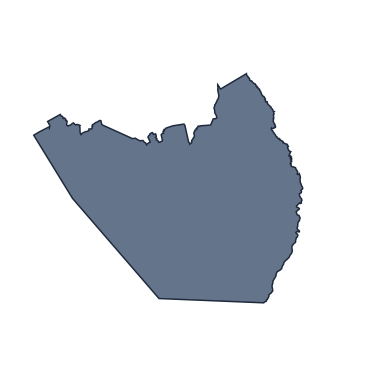 Santa Rosa, Catamarca, Argentina (Robinson projection), rotated 151°
{"feature_id": "61730980B62858565899892", "entity_name": "Santa Rosa", "entity_type": "district", "adm_level": 2, "iso_a3": "ARG", "parent_name": "Argentina", "parent_adm1": "Catamarca", "projection": "robinson", "projection_center": [-65.467, -28.089], "detail": "fine", "context": "isolated", "style": "filled", "palette": "slate", "viewbox_px": 384, "rotation_deg": 151, "n_neighbors": 0, "source": "geoboundaries", "source_scale": "gbopen_adm2", "svg_char_len": 5874}
<svg xmlns="http://www.w3.org/2000/svg" viewBox="0 0 384 384"><g transform="rotate(151 192 192)"><path d="M302.9,318.4L299.6,244.3L272.5,114.8L183.0,60.3L181.8,60.7L180.7,60.6L180.4,60.4L179.6,60.7L178.8,61.6L178.2,61.6L177.8,62.0L177.1,62.2L175.9,63.1L175.1,63.8L174.6,64.8L172.3,65.3L171.5,65.3L170.2,66.1L169.4,66.3L168.7,67.8L168.1,69.5L168.0,70.3L166.5,72.3L165.4,73.2L164.3,74.9L159.7,77.6L158.1,79.3L157.4,80.2L156.0,81.0L154.2,80.9L153.7,81.2L152.5,81.0L152.1,81.3L151.2,81.3L150.8,81.5L149.5,82.8L148.9,83.4L146.8,84.5L146.4,85.2L145.2,86.1L142.8,86.8L141.0,87.1L138.7,87.8L136.8,89.3L136.3,89.5L135.8,89.5L134.0,90.6L133.7,91.0L132.8,91.7L131.7,94.8L131.1,95.8L129.9,96.7L128.9,97.0L128.6,97.3L126.0,97.8L125.4,98.3L124.9,99.5L124.1,100.1L123.3,101.1L122.5,101.6L121.7,101.6L120.8,102.5L120.5,102.7L120.3,102.9L120.3,103.6L120.9,106.1L120.6,106.4L119.4,106.5L118.6,106.0L117.8,105.1L117.2,105.4L117.0,105.7L117.0,106.1L117.2,106.8L117.6,107.4L117.8,108.8L117.6,109.5L117.3,109.9L116.5,110.4L116.2,110.8L115.3,112.1L114.6,113.4L113.3,114.4L112.0,114.8L111.3,115.7L110.2,116.6L109.9,117.8L109.8,119.7L111.0,120.9L111.0,121.7L110.7,122.6L110.8,123.5L110.2,124.4L109.9,124.5L108.5,124.6L107.8,124.9L107.0,124.8L106.3,125.2L106.2,125.6L106.6,126.6L106.9,127.2L107.7,127.8L107.7,128.8L107.4,129.1L104.7,129.8L103.3,130.4L103.1,130.4L102.9,130.1L102.6,129.3L102.3,129.2L101.8,129.3L101.8,129.5L101.0,130.4L100.9,130.9L99.8,131.5L99.7,132.2L99.5,132.7L99.9,135.5L99.2,138.1L98.4,138.5L96.8,138.4L96.6,138.9L96.1,139.2L95.9,140.5L95.2,140.9L94.1,140.9L93.5,141.4L93.1,142.3L93.0,145.6L92.8,146.1L92.6,146.8L92.8,147.7L91.0,151.3L90.2,152.0L89.5,154.4L89.3,156.1L90.3,155.8L91.0,156.0L91.2,156.3L91.2,156.8L90.0,158.1L89.7,158.5L90.0,161.7L89.8,162.1L89.7,162.7L89.7,163.1L90.6,164.1L90.7,164.4L90.9,164.4L91.2,164.8L92.3,165.8L92.6,166.2L92.4,167.1L92.4,168.1L91.6,168.4L91.8,168.8L92.3,169.1L92.3,169.3L92.1,169.5L91.2,169.9L90.8,170.5L90.7,170.6L90.2,170.3L89.9,170.4L89.8,170.7L90.0,171.0L90.0,171.3L89.8,171.5L90.1,172.2L89.8,172.3L89.5,171.9L89.2,172.0L88.7,172.8L89.1,173.1L89.5,173.2L89.7,173.5L89.6,174.0L89.4,174.3L88.2,174.2L88.0,174.4L88.1,174.8L88.4,175.0L88.3,175.7L88.6,176.1L88.9,176.1L89.1,175.9L89.7,176.5L88.6,177.6L87.9,177.9L87.2,178.7L86.0,179.4L87.0,180.6L87.1,181.3L87.3,181.5L87.1,182.7L87.0,183.7L87.1,183.9L87.0,184.4L86.5,185.0L86.1,184.9L85.7,185.0L85.6,185.4L85.9,186.9L85.6,187.2L85.7,187.7L86.9,188.9L87.6,190.0L88.6,191.0L88.3,191.5L87.9,191.8L88.0,192.2L88.3,192.8L89.1,193.6L89.5,195.3L89.9,195.1L90.0,195.1L90.1,195.9L89.9,196.6L90.2,196.7L90.5,196.6L90.6,196.8L91.1,198.6L91.0,199.2L91.5,199.7L91.4,201.9L91.8,203.6L91.6,204.0L91.8,204.3L91.8,206.3L92.0,206.7L91.9,206.9L92.1,207.3L92.0,208.9L91.4,209.5L91.2,208.8L90.0,208.2L89.4,208.2L89.2,208.3L88.0,208.1L88.0,208.4L87.3,208.6L87.2,208.8L87.4,209.4L87.2,209.8L86.8,210.2L86.9,211.6L86.7,212.0L86.9,213.4L86.8,214.2L85.5,216.0L85.4,216.8L84.6,217.0L83.5,219.9L83.1,220.3L82.5,220.3L82.1,221.9L81.8,222.3L81.1,222.5L81.8,223.2L81.5,225.4L81.9,226.8L82.1,227.2L81.7,228.1L82.5,230.0L83.1,232.5L83.0,233.3L82.4,234.3L83.0,234.8L83.7,235.0L83.8,235.5L83.4,236.1L83.3,236.7L83.4,237.2L83.4,237.7L82.7,237.9L82.8,240.1L82.9,240.8L83.6,241.2L83.5,242.3L83.9,243.7L83.4,244.9L83.5,245.7L83.2,247.0L83.7,247.7L83.3,248.4L83.3,248.7L83.4,249.0L83.2,249.2L83.3,249.7L83.7,250.0L83.9,250.9L83.7,251.3L83.8,251.9L84.2,251.8L84.4,251.9L84.3,252.3L84.1,252.8L84.0,253.1L84.6,253.4L84.6,253.8L84.2,254.9L84.4,256.0L85.2,256.6L85.3,257.0L85.3,257.5L85.8,258.4L86.0,260.3L86.5,260.5L87.3,261.5L87.2,262.3L86.8,262.7L86.8,263.8L86.9,264.4L87.2,264.7L87.1,265.1L87.2,266.3L87.6,266.8L87.6,267.1L87.4,267.6L87.5,268.0L87.0,269.1L117.1,268.2L117.3,269.3L117.3,271.9L117.5,273.4L118.3,272.0L118.4,271.2L120.2,268.4L121.0,265.7L121.8,263.4L123.4,261.2L125.2,260.3L125.9,259.6L128.9,257.5L130.1,257.0L130.7,255.8L131.9,255.1L132.6,252.5L133.7,250.0L133.7,246.7L134.4,244.8L136.2,244.8L137.9,245.7L143.3,241.5L152.0,245.6L152.5,245.4L153.0,245.9L153.8,245.9L153.9,246.2L154.4,246.3L154.5,246.5L154.9,246.6L155.7,245.7L156.3,245.8L156.8,245.6L157.2,244.8L157.7,245.3L158.0,244.9L159.2,244.2L159.7,244.5L160.6,243.6L162.0,242.6L162.2,241.4L162.6,240.1L163.5,239.0L164.5,238.8L164.8,238.3L167.5,237.1L167.8,236.3L167.9,235.8L168.2,235.5L169.3,235.1L169.8,235.1L170.8,234.9L170.4,236.1L170.7,237.4L165.9,253.8L166.1,255.3L176.7,259.2L183.9,260.5L185.6,259.8L186.0,260.2L186.6,259.9L186.5,259.6L186.6,259.0L187.9,259.1L188.2,258.5L188.5,257.2L189.8,257.5L191.0,257.2L191.3,256.8L192.5,252.6L192.5,251.9L193.2,251.1L196.4,251.2L196.9,251.5L196.8,251.9L197.0,252.0L196.7,252.6L197.0,253.1L197.2,254.0L197.9,254.8L196.9,255.6L196.9,256.2L197.5,257.3L196.4,257.8L196.1,258.4L195.6,260.4L196.8,260.9L197.8,261.1L197.9,261.7L197.7,262.3L197.8,263.1L199.1,263.4L200.7,263.2L201.3,262.5L202.6,262.2L203.9,261.4L204.3,255.9L205.7,256.0L207.8,255.7L208.8,255.2L208.8,257.5L209.6,258.7L209.8,260.7L211.8,261.7L212.5,261.8L213.0,262.3L213.2,262.8L214.1,264.0L215.5,266.6L217.8,267.3L218.2,267.6L238.2,294.5L237.1,298.6L237.8,299.2L239.3,299.3L241.5,299.2L242.7,299.5L244.2,299.1L245.9,299.1L246.7,298.9L247.0,298.7L247.1,297.5L247.9,297.5L248.1,296.8L248.6,296.0L248.9,295.8L251.7,297.0L251.9,296.3L252.3,295.9L253.1,295.7L254.6,295.9L255.7,296.4L256.8,296.4L258.2,296.6L260.2,296.6L261.2,296.0L261.3,297.4L260.8,298.8L258.7,302.8L258.6,303.9L257.6,304.4L258.2,305.2L258.4,305.7L260.0,306.9L261.3,307.1L262.2,309.9L262.6,309.8L263.4,310.0L265.8,309.4L267.1,309.9L267.9,309.7L269.2,310.9L269.2,311.3L268.5,312.5L267.0,314.2L267.0,314.9L267.2,315.7L267.8,315.8L267.3,316.8L267.2,317.3L267.4,317.7L267.9,318.7L268.6,318.5L269.0,318.7L269.1,319.4L268.6,320.3L268.8,321.1L269.6,321.7L269.6,323.7L284.1,323.7L284.1,319.0L285.8,317.0L285.8,318.3L296.5,318.6L302.9,318.4Z" fill="#64748b" stroke="#1e293b" stroke-width="1.5"/></g></svg>